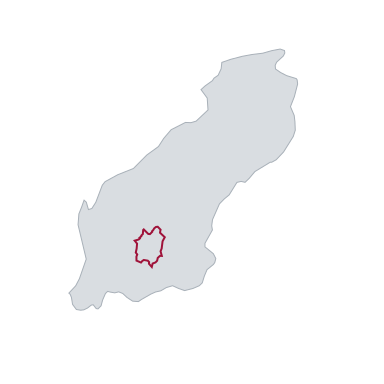 Skrapar, Berat, Albania (highlighted), rotated 46°
{"feature_id": "67620474B62055143354216", "entity_name": "Skrapar", "entity_type": "district", "adm_level": 2, "iso_a3": "ALB", "parent_name": "Albania", "parent_adm1": "Berat", "projection": "mercator", "projection_center": [20.254, 40.545], "detail": "fine", "context": "in_parent", "style": "outline", "palette": "rose", "viewbox_px": 384, "rotation_deg": 46, "n_neighbors": 0, "source": "geoboundaries", "source_scale": "gbopen_adm2", "svg_char_len": 2083}
<svg xmlns="http://www.w3.org/2000/svg" viewBox="0 0 384 384"><g transform="rotate(46 192 192)"><path d="M124.6,114.4L124.8,108.8L126.1,100.0L125.4,97.1L126.2,92.1L123.6,85.4L119.5,80.5L123.5,71.9L129.3,61.6L134.8,53.3L141.3,44.7L145.7,36.5L150.4,29.3L154.5,27.2L156.5,28.7L157.6,31.8L157.4,41.0L158.7,44.2L161.5,46.5L167.5,45.3L174.0,43.1L182.9,38.2L184.4,38.5L187.7,41.0L194.5,52.1L199.0,61.9L207.9,65.3L212.9,69.1L219.3,74.8L222.4,80.6L226.8,98.3L227.3,109.0L226.0,113.9L224.9,115.1L221.0,132.5L221.9,141.3L221.9,147.1L218.5,149.3L216.3,153.0L219.9,167.3L219.4,173.5L219.6,180.5L226.1,196.4L230.0,201.3L233.5,203.7L237.9,218.3L240.5,220.8L251.2,219.5L256.4,221.1L258.5,224.5L259.0,226.9L258.3,235.1L261.0,241.4L264.5,247.8L264.5,251.8L262.1,258.2L257.8,265.8L252.2,268.6L245.9,271.1L242.9,276.9L241.4,283.1L238.6,287.7L236.8,292.7L234.2,303.0L233.6,306.7L229.3,310.5L222.8,312.0L216.9,312.3L212.9,314.1L210.9,317.6L207.1,320.4L204.9,321.7L204.9,324.8L207.6,331.3L210.7,336.5L210.8,340.8L209.3,341.9L204.5,341.4L203.4,343.0L202.9,347.7L201.6,351.7L199.7,354.2L196.2,356.8L189.9,356.0L184.0,351.9L181.0,350.7L179.2,350.8L178.7,340.9L176.2,333.3L166.8,314.7L136.4,296.7L129.2,288.6L126.1,281.7L122.9,275.3L125.9,275.1L128.9,276.7L132.7,278.7L134.3,275.5L132.6,268.4L124.8,251.8L124.2,247.3L128.0,233.4L134.4,217.8L134.0,198.8L136.0,184.5L133.8,175.1L132.7,163.7L137.4,148.4L141.4,144.6L143.9,139.8L144.1,123.5L135.0,115.8L124.6,114.4Z" fill="#d9dde1" stroke="#a8b0b8" stroke-width="1"/><path d="M187.2,267.0L191.0,267.4L194.3,271.2L196.5,274.5L198.9,274.8L199.9,276.9L202.8,279.6L207.3,277.7L207.1,275.7L207.4,273.9L210.7,271.5L212.6,271.5L213.7,272.8L218.0,273.0L216.1,270.0L217.3,267.2L217.2,264.8L215.6,262.4L215.7,259.4L217.0,258.1L212.8,255.8L211.6,253.1L207.0,247.4L205.6,243.0L199.1,243.3L198.0,241.9L197.3,240.8L193.2,240.8L192.1,242.2L191.9,244.5L192.4,246.1L192.5,248.0L193.0,248.3L193.1,251.5L191.8,252.6L185.4,252.7L185.4,253.5L188.1,256.6L188.1,258.7L188.6,259.1L188.5,261.7L189.2,261.8L189.1,263.4L187.2,267.0Z" fill="none" stroke="#9f1239" stroke-width="2"/></g></svg>